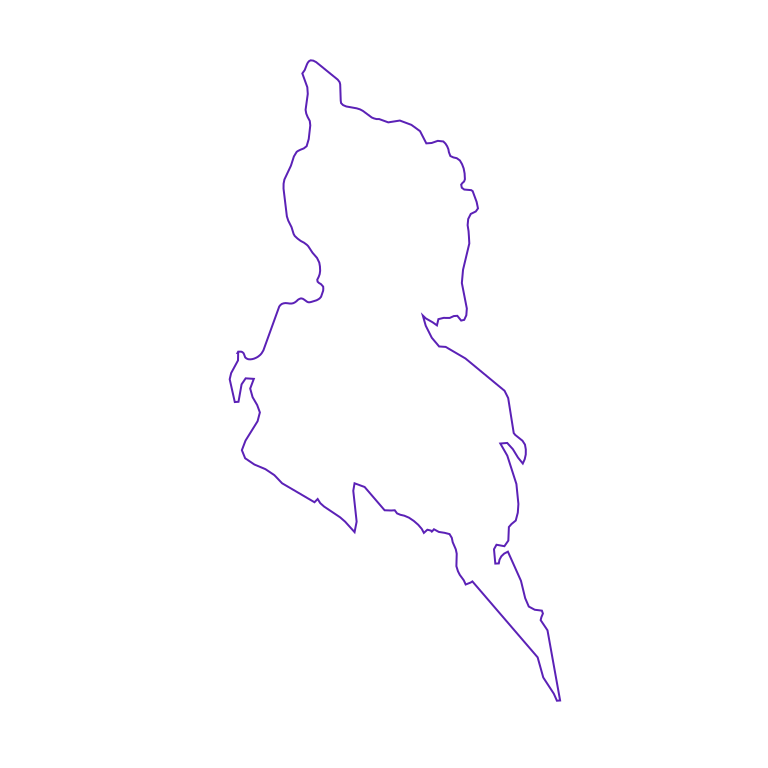 outline of Clare, rotated 266°
{"feature_id": "IRL-76", "entity_name": "Clare", "entity_type": "County", "adm_level": 1, "iso_a3": "IRL", "parent_name": "Ireland", "parent_adm1": "", "projection": "robinson", "projection_center": [-8.993, 52.861], "detail": "fine", "context": "isolated", "style": "outline", "palette": "violet", "viewbox_px": 768, "rotation_deg": 266, "n_neighbors": 0, "source": "natural_earth", "source_scale": "10m", "svg_char_len": 3450}
<svg xmlns="http://www.w3.org/2000/svg" viewBox="0 0 768 768"><g transform="rotate(266 384 384)"><path d="M525.4,479.0L518.2,478.9L492.4,470.8L479.3,468.7L453.5,471.9L446.8,470.9L442.4,468.5L441.9,465.4L446.9,461.9L446.9,458.4L445.3,454.1L445.8,448.1L444.9,442.8L438.8,440.9L442.1,436.9L446.5,430.3L449.6,427.5L439.2,429.7L426.8,434.9L417.6,441.6L416.7,448.1L403.8,467.0L368.8,503.8L361.3,506.9L326.0,510.0L324.0,511.4L317.7,518.2L313.7,520.4L308.8,520.9L303.8,520.5L299.1,519.1L295.0,516.9L301.3,512.5L310.0,508.0L316.6,502.8L316.5,495.9L303.9,502.0L275.0,509.1L254.9,509.7L246.3,508.5L238.6,505.9L235.4,501.4L232.6,498.6L219.1,497.1L213.8,492.8L215.8,485.0L211.5,482.2L197.1,482.5L197.0,486.0L200.7,487.0L203.9,489.0L206.4,492.0L208.1,495.9L178.1,506.9L160.5,509.9L151.9,512.9L148.3,518.6L146.9,525.7L143.9,526.5L140.3,524.7L137.5,523.8L126.9,529.9L56.0,537.6L56.0,534.4L63.2,531.8L80.1,522.4L100.6,518.2L180.9,458.4L179.9,456.6L178.3,451.5L182.6,449.9L188.3,446.3L192.1,444.7L197.2,443.5L209.6,444.7L214.0,444.1L221.4,441.5L225.8,440.9L229.7,438.9L231.3,434.1L232.6,428.4L235.6,423.7L233.5,421.6L233.4,421.3L234.5,420.6L235.6,417.1L232.7,413.4L236.9,411.5L241.2,408.3L245.3,404.2L248.9,399.6L251.2,395.1L252.4,391.2L254.0,388.0L257.3,385.9L257.3,382.4L258.0,375.8L282.6,357.5L287.0,347.7L279.6,345.9L248.6,347.1L238.3,344.3L249.4,335.6L254.1,330.9L265.9,315.7L269.6,312.1L273.9,309.8L270.9,306.4L292.1,275.4L300.7,268.3L307.3,259.8L312.7,249.1L319.6,240.3L327.9,237.6L337.2,241.9L355.7,255.3L364.3,258.2L371.9,256.0L380.0,252.0L388.8,250.2L398.2,254.5L399.3,246.4L393.6,241.9L376.4,237.6L376.4,233.9L399.5,230.4L405.6,232.3L417.7,240.0L425.3,240.7L425.3,240.1L426.4,240.8L426.2,243.8L425.7,244.9L424.6,246.0L423.6,246.4L420.2,247.4L419.0,248.7L418.2,250.3L417.9,252.3L418.0,254.3L418.4,256.3L419.0,258.0L419.8,259.8L420.7,261.2L421.8,262.7L423.1,264.0L425.9,266.0L468.6,284.9L470.0,286.2L471.0,287.7L471.5,289.6L471.6,291.5L471.3,293.4L470.9,295.3L470.7,297.4L471.0,299.3L471.8,301.1L472.8,302.6L474.0,304.0L474.8,305.6L475.2,307.2L474.7,308.9L473.7,310.3L471.5,312.9L471.0,313.8L470.8,314.4L470.7,315.4L470.9,317.0L472.2,322.5L472.9,324.1L473.8,325.7L475.4,327.3L481.3,329.8L483.3,330.1L485.4,330.1L488.0,328.1L489.3,326.2L490.7,324.9L492.7,324.7L495.4,326.3L498.1,327.5L501.4,328.2L505.8,328.3L509.6,327.9L514.4,326.0L520.0,321.8L526.8,318.0L528.2,316.8L530.6,314.0L531.7,312.2L532.6,310.8L535.1,307.9L537.9,305.3L540.0,304.3L546.9,302.7L553.6,299.9L558.0,298.8L585.9,297.4L590.8,297.8L594.9,298.9L608.3,306.4L617.3,310.0L621.7,313.1L622.5,314.5L623.5,316.9L624.6,320.4L626.6,323.4L633.6,326.0L647.1,328.5L651.6,328.3L655.8,326.4L659.2,325.3L663.0,324.9L678.7,328.2L685.4,328.2L699.5,324.2L702.7,326.8L708.4,329.5L710.0,330.5L711.3,331.8L712.0,333.4L711.5,336.0L709.8,338.8L690.8,359.1L688.2,360.8L685.9,361.2L669.6,360.6L667.2,360.8L665.1,362.6L663.5,365.7L660.9,376.0L659.6,379.3L657.9,382.0L650.7,390.4L649.7,392.4L648.8,395.0L648.6,397.7L644.7,406.5L645.7,418.2L640.6,429.4L633.7,437.6L621.1,443.0L621.1,448.3L622.8,454.6L621.8,460.1L619.5,462.1L616.7,463.6L613.7,464.6L610.8,464.9L606.8,466.1L605.2,469.0L604.2,472.3L601.7,475.3L597.8,477.2L593.5,478.5L588.4,479.1L582.6,479.0L580.4,478.0L579.1,476.3L577.5,474.9L574.4,475.3L572.4,477.6L571.3,484.5L570.2,485.9L559.2,489.1L552.6,490.0L549.7,487.6L547.6,482.4L542.7,479.5L536.6,478.5L530.6,479.0L530.4,479.0L530.2,479.0L525.4,479.0Z" fill="none" stroke="#5b21b6" stroke-width="2"/></g></svg>